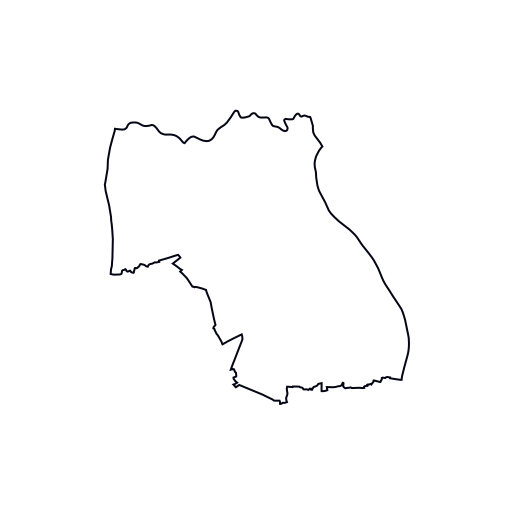 Lap Vo, Can Tho, Vietnam, rotated 53°
{"feature_id": "81297802B77463595408425", "entity_name": "Lap Vo", "entity_type": "district", "adm_level": 2, "iso_a3": "VNM", "parent_name": "Vietnam", "parent_adm1": "Can Tho", "projection": "albers", "projection_center": [105.607, 10.357], "detail": "fine", "context": "isolated", "style": "outline", "palette": "ink", "viewbox_px": 512, "rotation_deg": 53, "n_neighbors": 0, "source": "geoboundaries", "source_scale": "gbopen_adm2", "svg_char_len": 6119}
<svg xmlns="http://www.w3.org/2000/svg" viewBox="0 0 512 512"><g transform="rotate(53 256 256)"><path d="M69.5,292.1L71.1,293.6L76.2,300.4L81.7,307.4L87.0,313.1L90.0,316.3L97.2,322.2L106.7,332.2L107.8,333.6L113.7,337.0L127.1,342.8L137.4,348.2L141.0,350.6L143.6,352.0L148.0,354.7L156.4,360.2L171.1,371.8L177.4,377.3L179.3,379.7L182.9,382.9L184.7,381.4L186.0,379.9L188.9,375.7L189.2,374.7L189.2,374.1L188.5,373.2L187.2,371.8L187.1,371.1L187.8,369.6L187.8,368.4L188.4,368.1L190.1,368.4L191.0,368.1L191.6,366.9L191.6,366.1L191.8,365.6L192.1,365.3L193.0,365.5L193.8,365.3L194.8,364.8L195.4,364.2L195.7,363.8L195.6,363.5L194.6,362.4L193.7,361.1L192.9,360.4L192.8,359.9L193.1,359.3L193.8,358.8L194.1,358.0L193.9,357.0L193.9,355.6L193.7,355.1L192.9,353.5L193.0,352.9L195.5,350.8L196.5,350.3L198.1,349.9L199.0,349.3L199.4,348.8L198.8,347.9L198.6,347.0L198.6,346.0L198.9,345.0L199.6,343.6L199.9,342.3L200.0,341.4L200.2,340.5L201.0,339.8L201.6,338.6L202.5,336.8L201.9,336.4L201.3,336.2L204.8,327.1L206.8,321.2L208.2,317.5L210.8,317.3L211.8,317.4L212.0,327.0L215.9,325.7L220.3,324.5L222.5,323.6L222.8,325.9L225.9,325.3L231.6,324.6L233.4,324.6L242.2,325.2L242.9,324.4L243.8,324.1L244.0,323.2L245.8,321.5L248.0,319.8L249.8,318.4L252.5,316.7L253.0,316.3L253.3,316.4L253.5,316.6L256.2,317.5L265.6,320.0L269.9,322.2L280.7,327.3L285.3,329.3L286.6,329.8L286.8,330.1L287.1,332.1L287.4,332.8L287.9,333.3L288.2,333.6L289.1,333.1L290.5,333.6L292.3,333.9L294.7,334.4L295.8,334.2L298.8,334.5L303.9,335.2L305.3,335.7L306.4,335.9L307.2,329.7L308.4,322.9L310.0,314.6L312.0,315.4L314.3,316.9L315.9,319.3L318.8,324.1L326.3,336.1L328.5,339.8L331.6,344.5L332.4,342.4L333.0,342.4L333.3,341.8L334.7,342.1L335.7,342.6L337.0,342.2L339.6,343.7L340.3,344.3L339.5,347.1L339.9,347.5L341.3,347.8L343.5,347.8L345.8,347.3L345.5,350.2L345.1,351.4L348.7,351.1L348.9,347.0L370.6,334.2L375.4,331.8L380.6,329.1L381.9,328.8L382.3,328.7L385.7,324.3L386.6,324.5L387.3,324.8L388.2,325.6L388.6,325.8L389.1,325.1L389.3,324.3L389.3,323.4L389.5,322.7L390.3,321.9L390.6,321.4L391.3,319.2L390.0,318.8L388.4,318.0L387.5,317.3L386.7,316.2L385.8,314.8L384.7,313.6L381.9,312.1L380.3,311.1L379.1,309.8L382.7,305.6L382.4,305.1L386.3,300.1L387.1,299.9L389.2,298.2L391.1,298.3L391.9,297.4L392.9,295.8L394.4,294.8L394.4,292.8L394.5,292.8L394.9,293.0L395.2,293.0L395.5,292.7L395.5,292.1L396.4,292.0L396.6,291.8L396.6,291.6L396.5,291.4L395.7,291.1L395.7,289.5L395.3,288.8L396.1,286.5L396.2,286.0L396.2,284.9L396.1,284.4L395.7,283.6L395.7,283.1L396.1,282.3L396.4,281.4L397.0,280.7L397.1,280.2L397.7,280.6L398.3,281.1L401.4,283.5L403.4,284.9L404.5,283.5L405.3,282.1L406.1,279.8L403.3,278.3L405.7,275.3L407.4,273.1L408.5,271.2L409.6,268.5L410.3,267.6L410.6,266.4L410.7,265.3L409.5,263.2L409.6,262.8L410.1,262.6L410.3,262.7L412.6,264.8L413.6,264.8L415.4,264.3L416.2,262.6L417.5,260.5L417.9,259.5L418.8,259.1L419.4,258.6L423.2,253.1L425.6,250.4L426.0,249.4L426.4,249.2L426.5,248.9L426.3,248.8L425.8,248.7L425.6,248.5L425.4,248.2L425.4,247.6L426.1,246.1L426.8,245.1L426.8,244.9L426.5,244.6L425.8,244.6L425.8,244.3L426.8,242.8L427.1,241.5L427.2,241.3L428.0,241.2L427.7,240.2L427.2,238.1L427.1,237.8L426.2,237.1L426.3,236.7L426.6,236.5L431.4,232.7L431.5,232.4L430.6,230.9L430.4,230.0L430.0,229.6L429.2,229.0L429.3,228.2L430.1,227.3L431.0,226.5L431.2,226.3L431.1,225.5L431.5,224.1L433.7,222.0L434.3,222.5L434.4,222.4L435.7,221.2L438.5,218.5L441.6,215.4L442.5,214.2L441.5,213.3L439.9,211.7L437.7,209.0L434.0,204.4L426.1,194.2L424.8,192.7L423.5,191.3L420.7,188.7L418.1,186.6L413.3,183.3L410.5,181.9L396.8,175.4L391.5,173.4L389.0,172.6L385.8,171.8L380.4,171.4L370.1,170.8L364.5,170.3L356.7,169.8L353.0,169.3L349.8,168.6L340.3,166.1L338.4,165.7L330.6,164.5L326.4,164.3L322.0,164.3L312.0,164.6L308.7,164.5L302.5,164.1L300.8,164.1L299.2,164.2L297.3,164.4L291.2,165.4L278.2,168.9L271.9,170.0L267.4,170.5L264.4,170.5L262.9,170.3L254.5,168.4L244.8,166.9L242.0,166.4L240.0,165.8L236.6,164.5L233.1,162.6L229.9,160.9L225.7,158.1L224.5,157.4L220.7,155.7L219.3,154.8L217.2,153.4L215.2,151.4L213.8,149.6L212.7,148.2L211.8,146.5L209.9,142.5L208.8,138.9L208.5,137.1L204.4,136.6L195.1,136.6L193.5,136.3L191.9,135.9L190.9,135.4L187.7,133.4L186.7,132.5L186.2,132.2L178.5,129.3L177.5,129.1L175.8,131.0L175.0,131.3L173.5,132.3L173.0,132.7L172.5,133.8L172.2,135.2L172.1,135.6L171.8,135.9L171.3,136.3L170.7,136.5L169.1,136.3L168.3,136.4L167.7,136.7L167.4,137.1L167.2,137.5L167.1,138.0L167.2,139.1L167.7,141.0L168.8,143.3L168.9,143.7L168.8,144.5L168.3,145.2L166.8,147.3L164.4,149.8L164.2,150.6L164.2,151.3L164.4,151.6L164.8,152.0L167.4,152.7L169.4,153.1L171.9,153.4L172.4,153.6L173.0,153.9L173.9,154.9L174.2,155.5L174.2,156.5L174.1,157.0L173.7,157.6L172.4,158.7L171.6,159.1L170.2,159.6L168.1,160.1L166.2,160.9L165.3,161.6L163.0,163.7L162.4,164.1L161.9,164.2L161.4,164.3L158.6,164.0L154.6,163.1L153.7,163.1L153.0,163.2L152.5,163.5L151.5,164.4L148.6,168.5L147.8,169.3L147.2,169.8L146.5,170.2L145.8,170.4L144.4,170.7L142.2,170.8L141.7,170.9L141.1,171.4L140.3,172.2L140.1,172.7L140.0,173.7L140.0,174.6L140.3,176.3L140.3,177.4L139.0,180.8L138.2,182.3L137.8,183.0L137.2,183.8L136.8,184.2L136.3,184.6L135.9,184.7L134.2,184.6L132.7,184.3L130.3,183.5L129.4,183.5L129.0,183.6L128.4,184.1L127.7,184.8L127.6,185.2L127.7,186.4L129.0,190.0L129.9,192.2L131.9,198.9L132.3,202.4L132.0,206.1L132.0,207.5L132.0,209.1L132.1,210.7L132.5,212.1L133.4,214.0L134.3,215.7L135.3,217.9L135.6,218.9L136.0,220.6L136.0,222.8L135.7,224.3L135.3,225.1L134.9,225.7L134.5,226.4L133.4,227.5L132.0,228.8L129.6,230.3L123.3,233.6L122.5,234.6L121.9,236.2L121.7,238.3L121.8,239.4L122.2,242.2L122.9,245.1L122.5,245.4L121.7,245.8L120.0,246.0L117.1,246.1L115.4,246.4L113.3,247.0L112.1,247.5L110.5,248.4L109.1,249.6L108.0,250.7L106.8,252.1L104.9,254.8L103.9,255.9L102.9,256.7L101.6,257.5L100.9,257.9L100.0,258.2L98.2,258.5L93.6,258.5L91.3,258.8L90.0,259.3L89.3,259.7L88.6,260.5L88.0,262.0L87.1,263.9L85.8,266.0L84.7,267.1L83.4,268.1L79.5,269.8L77.8,270.9L76.6,272.2L75.7,273.4L74.7,275.0L74.1,276.2L74.0,277.5L74.1,278.9L74.7,280.3L75.5,281.6L75.8,282.7L75.7,284.8L75.2,285.8L74.6,286.7L71.2,290.4L69.5,292.1Z" fill="none" stroke="#020617" stroke-width="2"/></g></svg>